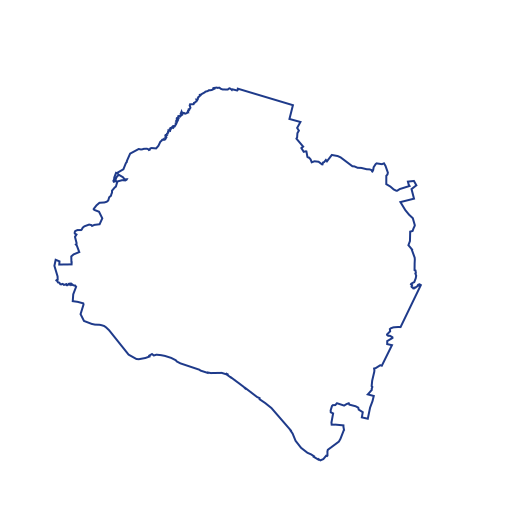 Remtes pag., Brocenu, Latvia, rotated 28°
{"feature_id": "27541924B53192236746311", "entity_name": "Remtes pag.", "entity_type": "district", "adm_level": 2, "iso_a3": "LVA", "parent_name": "Latvia", "parent_adm1": "Brocenu", "projection": "orthographic", "projection_center": [22.675, 56.753], "detail": "fine", "context": "isolated", "style": "outline", "palette": "blue", "viewbox_px": 512, "rotation_deg": 28, "n_neighbors": 0, "source": "geoboundaries", "source_scale": "gbopen_adm2", "svg_char_len": 6071}
<svg xmlns="http://www.w3.org/2000/svg" viewBox="0 0 512 512"><g transform="rotate(28 256 256)"><path d="M92.8,282.5L91.4,286.1L90.6,290.6L90.8,291.0L91.8,291.2L96.6,290.6L102.6,294.9L103.0,301.4L98.7,304.4L97.1,306.4L96.1,306.0L93.9,306.6L90.6,310.3L90.0,311.5L89.7,312.5L89.7,314.5L89.4,315.2L86.2,316.9L84.7,318.8L84.7,319.7L85.1,320.9L85.8,321.3L87.4,321.3L87.4,322.6L87.1,323.6L87.2,324.1L91.4,328.7L92.0,329.8L91.6,330.4L93.0,331.0L98.1,335.5L94.2,340.2L93.1,343.1L95.8,347.9L96.1,347.9L97.1,350.0L86.3,355.9L85.0,353.0L80.9,353.4L82.6,359.3L90.4,367.2L92.0,370.0L91.2,370.9L91.2,371.3L92.3,371.4L93.5,372.3L94.9,371.9L96.5,372.8L97.4,372.5L97.7,372.0L98.4,371.4L100.0,371.7L101.8,369.8L102.1,369.9L101.9,370.6L102.9,370.6L103.7,369.3L104.5,369.0L104.1,368.5L104.8,368.3L104.7,367.7L105.7,367.1L106.2,367.2L105.9,367.6L106.5,368.3L106.9,367.8L109.8,367.3L110.1,367.0L111.6,367.6L112.6,375.6L115.4,381.9L120.1,380.2L125.7,378.9L126.5,379.8L128.4,389.7L134.6,394.1L142.8,393.1L146.0,392.2L150.3,390.1L152.6,389.5L154.8,389.1L157.1,389.4L161.1,390.5L189.8,402.9L198.7,403.1L200.9,402.2L206.2,398.0L209.2,394.7L208.5,394.1L210.2,391.4L212.5,391.8L214.4,389.9L218.5,388.2L222.4,387.0L228.9,385.8L234.1,385.7L235.5,386.3L239.6,386.3L259.3,383.0L260.9,383.2L268.2,381.9L268.1,381.5L271.0,380.6L280.6,375.3L285.3,374.4L285.3,373.8L286.5,373.8L286.5,374.5L290.9,375.1L290.9,374.9L306.5,377.3L308.7,378.0L308.7,377.6L323.2,380.0L325.9,379.8L326.4,380.8L333.1,381.5L341.0,383.0L368.7,393.7L368.6,394.0L371.7,395.6L377.7,400.6L385.8,404.2L393.8,405.6L397.8,405.3L401.2,405.6L401.2,406.2L406.6,406.5L406.6,406.0L408.8,406.2L410.8,403.7L411.7,399.4L412.6,399.3L412.8,398.7L410.8,395.0L410.4,393.4L416.3,381.0L416.4,377.8L415.3,368.5L415.4,368.3L413.5,365.9L412.7,364.5L405.3,367.6L402.0,369.4L400.8,367.6L398.0,358.8L395.4,358.9L394.4,357.3L393.5,352.8L393.9,351.6L396.0,350.4L396.6,348.0L404.0,346.7L405.5,344.2L407.0,342.5L408.2,343.4L414.5,341.9L417.5,341.9L418.8,343.4L423.6,343.8L425.2,348.8L431.1,347.2L427.9,336.3L427.0,329.5L425.7,324.3L419.7,325.7L421.1,319.9L420.5,318.9L420.2,317.0L419.2,316.6L417.1,311.5L414.8,302.8L414.3,301.5L413.1,299.9L414.3,298.8L417.0,294.1L418.6,293.8L417.9,270.9L413.2,272.2L411.8,269.5L415.0,264.3L414.6,263.7L413.2,263.6L411.6,263.6L410.2,264.4L408.9,264.2L408.5,263.7L409.8,259.5L408.5,257.7L409.0,256.5L410.8,254.5L414.9,251.9L417.0,250.9L415.2,204.3L413.6,204.2L413.0,204.9L413.5,205.8L412.6,206.0L412.7,206.7L412.6,207.1L411.8,208.4L411.7,209.1L410.7,209.5L410.7,210.5L410.0,210.8L409.3,210.3L408.3,210.4L407.7,210.1L407.5,208.4L406.1,208.2L406.1,207.6L407.0,206.1L408.0,204.8L407.5,200.7L406.7,198.2L404.9,196.6L405.1,195.9L403.6,193.9L402.6,194.0L399.5,188.0L397.9,184.6L396.9,183.0L390.6,177.3L390.7,177.0L385.5,174.9L384.9,170.5L380.7,162.1L382.5,160.4L382.1,157.5L382.0,155.3L381.8,154.3L376.7,149.0L371.8,147.7L366.3,145.4L358.2,140.6L368.6,131.2L361.9,123.9L364.4,118.3L360.2,115.6L355.2,119.0L357.1,121.1L358.7,122.1L351.5,129.4L350.0,132.1L349.3,132.5L346.4,132.6L342.0,131.6L337.3,131.4L333.4,124.0L333.8,122.3L333.3,120.5L328.1,115.7L325.5,114.1L324.1,115.8L319.0,117.6L318.5,118.7L318.2,122.4L319.1,125.1L319.1,126.8L318.8,126.8L317.8,125.9L315.6,126.2L313.1,127.4L307.6,128.8L304.3,130.4L300.8,130.7L299.0,131.5L284.4,129.2L281.2,129.4L275.5,131.2L274.2,139.1L272.6,138.4L272.1,141.1L271.3,142.0L271.7,143.9L271.3,144.1L267.0,143.4L263.2,144.9L261.2,147.1L258.9,145.1L256.6,144.2L256.1,144.5L254.9,144.4L251.4,140.0L250.9,140.1L249.2,141.6L245.4,139.4L246.3,137.3L236.6,133.4L236.6,131.9L234.9,128.1L235.0,125.2L232.2,123.6L232.3,116.8L221.2,119.3L217.8,105.5L161.4,116.8L161.9,118.0L161.7,118.7L156.9,119.9L156.7,120.2L156.7,120.7L155.6,120.4L154.0,120.3L153.6,120.7L152.9,122.3L148.4,124.6L146.6,124.9L144.6,124.6L143.0,125.7L142.3,125.7L139.7,127.6L139.5,127.8L139.6,128.2L140.4,128.3L139.0,130.2L137.3,131.5L136.7,131.6L135.9,133.1L134.2,134.6L133.9,135.6L131.9,138.7L131.7,139.6L131.4,139.5L130.7,140.1L131.2,141.1L130.9,142.2L130.5,142.6L130.6,143.3L130.5,143.7L130.7,143.9L131.0,145.0L130.9,145.3L130.0,145.8L130.9,146.4L130.7,147.1L130.8,147.5L130.3,148.1L129.9,149.5L129.4,149.9L129.6,150.5L129.6,151.3L126.6,153.0L126.8,153.5L126.7,154.1L128.5,155.9L128.4,157.3L127.8,157.9L128.3,158.4L127.9,159.1L128.2,159.3L127.9,159.7L128.1,160.0L128.0,160.6L128.6,161.1L128.0,161.5L128.0,162.0L126.9,163.4L126.1,163.7L125.5,163.5L124.9,164.1L124.5,163.8L122.9,164.0L122.5,163.6L122.6,164.7L123.1,165.2L122.9,165.5L124.4,166.1L123.9,167.1L123.3,167.1L123.2,167.3L123.7,167.8L123.6,168.3L123.1,168.2L122.8,168.7L122.1,168.6L121.7,169.1L122.1,169.8L123.1,170.8L123.0,171.2L122.0,170.9L121.9,171.3L121.4,171.5L121.5,171.9L122.1,172.3L122.1,173.0L122.4,172.7L123.3,172.8L123.3,173.4L123.0,173.3L122.8,173.8L122.3,174.2L122.8,175.3L123.4,175.5L123.5,176.7L123.1,176.9L123.5,177.3L123.4,177.7L123.5,178.8L122.6,179.6L123.3,179.8L123.3,180.0L122.5,180.4L122.7,181.4L121.5,181.2L121.4,181.6L121.8,181.7L121.6,182.1L121.7,182.5L121.3,182.9L120.8,182.8L120.5,183.0L121.2,183.9L121.1,184.5L120.2,184.7L120.2,185.1L121.3,185.5L121.4,185.9L119.8,186.3L120.0,186.6L119.9,187.4L120.5,188.1L120.2,189.0L120.5,189.4L120.0,190.0L120.1,190.5L120.2,191.3L119.4,191.6L119.3,192.0L119.6,192.3L119.9,191.8L120.4,191.8L120.1,192.3L120.1,193.2L120.2,193.4L120.6,193.2L121.0,193.4L120.6,194.0L121.1,194.2L121.1,195.5L120.8,196.1L119.8,196.0L119.8,196.8L118.8,197.1L118.6,197.4L118.6,198.2L117.9,200.1L118.1,204.5L117.3,207.9L113.1,209.7L112.2,210.6L112.1,211.4L112.3,212.0L111.7,212.7L111.0,212.3L109.3,212.5L106.7,214.0L105.3,215.4L104.3,216.0L102.2,216.6L96.8,224.7L97.4,232.9L97.8,233.5L97.5,235.0L98.2,241.7L94.7,247.3L95.3,248.2L93.4,248.3L94.0,253.2L94.8,255.1L94.8,256.6L95.6,257.2L97.3,255.6L96.1,254.5L95.9,252.5L96.0,250.7L97.0,248.7L101.5,248.9L104.1,250.0L105.9,248.9L105.9,249.4L105.2,250.6L102.2,251.9L98.9,255.0L98.8,256.0L99.7,260.5L99.1,261.8L98.2,265.9L99.1,267.6L99.3,269.5L99.6,270.6L99.6,271.2L98.9,272.6L98.9,273.6L99.4,275.9L99.3,276.9L98.7,278.2L97.0,279.9L92.8,282.5Z" fill="none" stroke="#1e3a8a" stroke-width="2"/></g></svg>